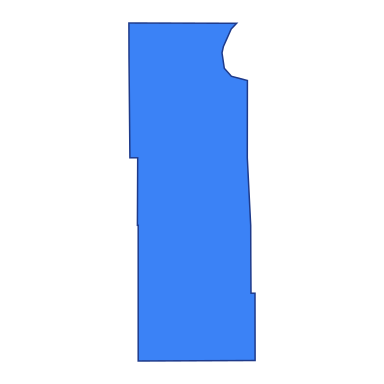 the district of Clearwater, Minnesota, United States of America
{"feature_id": "52423323B62368100165571", "entity_name": "Clearwater", "entity_type": "district", "adm_level": 2, "iso_a3": "USA", "parent_name": "United States of America", "parent_adm1": "Minnesota", "projection": "natural_earth1", "projection_center": [-95.349, 47.586], "detail": "fine", "context": "isolated", "style": "filled", "palette": "blue", "viewbox_px": 384, "rotation_deg": 0, "n_neighbors": 0, "source": "geoboundaries", "source_scale": "gbopen_adm2", "svg_char_len": 375}
<svg xmlns="http://www.w3.org/2000/svg" viewBox="0 0 384 384"><path d="M138.2,361.0L255.1,360.5L255.0,293.2L251.0,293.2L250.8,259.2L250.7,225.5L247.3,157.9L247.4,80.5L231.4,76.3L224.3,68.3L222.0,52.9L223.4,46.5L231.2,29.0L236.6,23.3L128.9,23.0L129.0,56.7L129.9,157.8L137.7,157.8L137.4,225.3L138.2,225.3L138.2,361.0Z" fill="#3b82f6" stroke="#1e3a8a" stroke-width="1.5"/></svg>